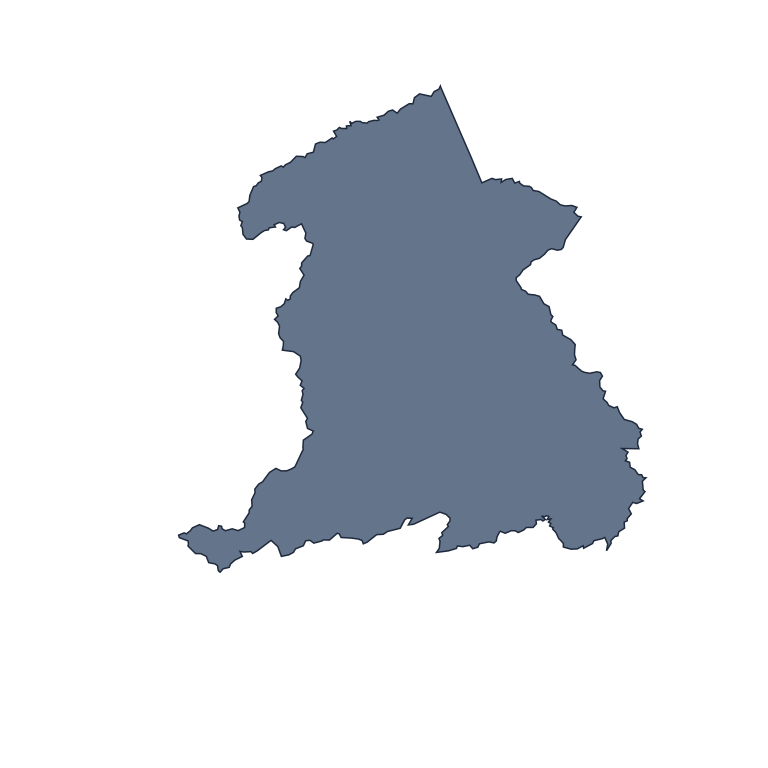 Utuado, Puerto Rico (Equal Earth projection), rotated 63°
{"feature_id": "32010507B18801000784875", "entity_name": "Utuado", "entity_type": "district", "adm_level": 2, "iso_a3": "PRI", "parent_name": "Puerto Rico", "parent_adm1": "", "projection": "equal_earth", "projection_center": [-66.695, 18.25], "detail": "fine", "context": "isolated", "style": "filled", "palette": "slate", "viewbox_px": 768, "rotation_deg": 63, "n_neighbors": 0, "source": "geoboundaries", "source_scale": "gbopen_adm2", "svg_char_len": 5126}
<svg xmlns="http://www.w3.org/2000/svg" viewBox="0 0 768 768"><g transform="rotate(63 384 384)"><path d="M557.4,186.3L552.4,185.3L548.4,182.5L547.2,178.3L543.0,177.7L541.6,174.4L539.0,177.2L534.7,177.2L530.2,180.0L524.7,186.0L516.4,187.1L510.2,186.5L509.6,189.9L505.0,193.6L501.7,193.6L496.7,195.5L491.0,189.9L489.6,191.9L484.7,193.0L478.8,190.3L476.2,185.8L472.0,186.0L469.8,188.7L467.8,195.9L464.6,200.1L462.1,202.2L454.0,205.4L452.5,207.3L449.6,201.9L444.4,201.0L439.7,198.3L435.6,195.7L429.2,197.4L421.5,202.6L416.8,201.2L414.0,204.9L413.7,204.8L409.5,204.1L404.9,206.8L403.2,206.6L400.5,202.9L397.9,203.8L390.0,201.8L385.1,205.1L376.5,205.6L373.0,209.4L369.5,214.8L365.6,215.7L362.2,218.6L360.4,218.2L352.0,219.2L349.3,218.0L348.3,213.5L345.5,208.3L344.2,199.3L341.9,197.4L341.5,193.8L342.6,188.4L341.1,181.7L339.2,177.3L339.5,173.2L343.5,168.8L344.6,164.9L343.7,162.4L337.7,156.8L324.6,132.4L322.5,135.1L317.2,136.9L314.2,131.9L310.2,135.6L307.6,141.8L304.3,145.6L299.4,147.4L294.8,151.4L282.8,158.6L279.3,163.2L275.9,163.5L273.9,164.7L270.9,169.7L266.7,171.9L265.0,171.4L264.3,176.3L259.0,176.4L257.1,182.5L257.5,188.1L254.7,186.1L252.5,191.9L249.8,194.4L249.2,205.5L221.5,203.4L204.6,202.4L203.1,202.3L145.0,198.7L144.1,198.5L146.2,201.3L146.2,206.6L149.2,211.3L141.6,220.7L142.0,222.4L142.7,226.9L147.5,231.0L145.7,234.3L146.5,244.5L148.7,249.3L143.7,252.0L143.0,256.5L144.5,261.9L143.2,269.0L146.4,268.5L146.1,270.7L144.6,273.0L143.3,278.4L143.8,280.5L141.4,284.7L139.2,285.9L137.2,289.8L137.1,294.4L134.4,295.3L138.9,296.1L137.0,300.3L139.4,301.3L136.9,306.0L135.1,307.3L136.3,310.6L135.8,314.2L141.9,313.8L142.6,317.8L141.2,318.5L142.2,326.7L139.5,331.2L139.1,336.1L145.4,341.7L144.0,347.9L146.4,351.6L144.5,353.0L141.3,358.7L144.0,366.7L143.9,372.3L145.1,375.3L143.0,376.6L142.8,383.1L143.6,386.4L142.5,390.5L142.0,399.5L144.8,399.0L147.7,401.4L147.7,404.7L149.3,407.8L148.9,410.6L155.0,417.9L160.2,421.4L161.0,423.9L160.7,434.3L165.6,434.4L168.5,437.0L172.4,438.2L174.9,436.5L178.0,439.7L180.3,439.2L186.7,441.7L192.4,440.7L195.6,435.1L193.4,425.0L193.0,421.0L194.2,417.0L192.7,415.5L194.8,409.4L192.2,409.5L192.6,403.9L195.5,400.4L199.7,400.6L200.9,403.5L203.1,401.4L202.2,395.0L204.0,392.5L203.8,384.8L214.1,385.1L218.4,388.4L221.5,388.1L226.3,383.7L227.8,383.9L236.0,391.6L235.3,393.9L238.7,402.4L241.7,404.0L242.8,406.6L250.7,405.8L254.6,411.9L259.8,415.7L261.1,423.7L263.1,427.6L265.5,428.8L265.8,431.7L263.6,432.8L267.2,436.4L268.3,440.9L267.6,445.6L271.4,447.6L275.3,447.4L276.7,452.2L280.8,450.7L285.0,450.8L291.2,455.0L295.6,455.6L300.4,454.2L304.2,456.4L307.7,459.2L314.1,449.9L321.2,445.9L325.5,447.2L331.5,451.9L335.2,458.3L339.0,457.5L344.0,455.6L347.1,459.2L351.6,457.2L352.3,458.8L352.8,460.0L356.4,460.8L361.0,465.1L363.3,464.6L367.4,468.9L379.9,467.8L381.8,470.7L388.9,472.3L393.8,468.4L396.0,471.0L397.4,481.3L403.6,485.0L405.8,485.8L407.2,487.9L417.2,500.7L417.5,502.3L417.6,505.2L417.2,510.1L414.7,515.1L410.1,518.6L410.8,526.2L416.0,536.6L416.3,541.1L419.0,546.8L422.5,548.4L427.1,554.5L433.0,557.0L435.0,561.2L437.7,562.8L443.0,572.0L444.6,571.2L448.6,573.4L448.4,580.6L444.1,585.0L442.7,592.0L439.4,594.0L437.0,593.3L435.2,595.6L438.1,598.3L437.5,603.0L432.6,606.0L425.5,612.4L425.2,620.0L426.8,623.2L427.8,628.1L425.9,629.7L425.4,635.6L428.0,636.1L434.9,629.8L437.6,630.8L439.4,632.2L449.5,628.9L452.0,624.3L456.8,620.6L463.6,621.3L467.6,616.2L470.3,614.8L475.1,616.4L477.3,615.5L475.6,611.2L477.1,605.1L474.7,602.5L473.2,596.8L473.3,588.5L467.7,588.3L469.9,585.5L473.0,578.6L475.4,577.9L475.1,572.5L473.5,563.8L472.1,555.6L480.7,552.4L491.0,553.7L493.0,546.5L492.9,541.1L490.7,537.7L491.5,529.3L488.1,524.9L489.7,520.9L493.9,518.8L495.7,510.6L495.3,509.1L498.3,503.4L495.8,493.5L497.2,491.9L501.3,491.9L506.3,483.3L510.6,477.1L513.5,474.6L517.0,475.0L517.3,470.9L514.9,458.9L517.6,452.8L517.0,447.8L519.9,435.1L514.3,427.0L513.9,423.6L514.9,422.8L516.4,419.8L520.6,426.3L522.4,421.3L523.5,392.4L528.4,387.8L533.5,386.1L536.0,387.4L538.1,391.5L540.2,391.3L542.7,400.0L545.6,400.5L546.5,405.1L549.8,405.6L555.6,409.4L557.9,413.7L561.9,402.4L563.4,394.1L561.6,392.1L564.7,387.7L566.6,380.8L571.1,379.7L572.0,374.5L569.7,371.5L572.3,362.2L575.6,358.1L574.8,355.2L571.3,352.5L568.3,348.2L568.0,347.2L572.0,343.8L572.5,337.1L574.4,333.7L577.3,331.8L577.5,325.8L576.5,322.2L579.5,316.3L577.8,311.7L574.3,310.4L576.1,305.6L578.2,304.6L577.9,301.7L573.1,303.5L575.1,301.3L575.3,298.5L577.0,297.3L578.9,300.1L579.9,296.5L581.7,300.2L584.0,298.7L585.7,300.9L588.8,298.4L589.8,299.6L594.6,298.2L601.1,298.5L604.1,297.4L607.6,296.6L610.7,298.2L616.1,292.3L618.7,286.6L618.5,280.0L621.0,280.7L620.8,270.6L618.9,268.1L621.0,259.5L620.9,257.0L628.2,257.3L633.6,261.5L629.1,254.0L626.5,252.9L624.7,247.6L625.5,244.6L622.2,241.9L621.6,235.1L616.1,232.7L616.3,229.3L614.3,228.4L612.0,222.6L606.0,222.6L602.4,216.1L605.2,213.1L605.8,206.2L602.2,208.4L598.4,200.3L596.2,201.2L587.9,197.9L586.5,193.2L584.9,195.7L581.9,195.6L580.1,198.6L574.2,199.4L570.0,202.4L565.2,200.7L562.0,203.8L560.8,201.3L557.6,200.9L555.5,197.5L549.6,201.1L557.4,186.3Z" fill="#64748b" stroke="#1e293b" stroke-width="1.5"/></g></svg>